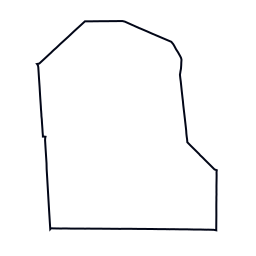 Adelaide, South Australia, Australia (Mercator projection), rotated 4°
{"feature_id": "25037944B32453744991132", "entity_name": "Adelaide", "entity_type": "district", "adm_level": 2, "iso_a3": "AUS", "parent_name": "Australia", "parent_adm1": "South Australia", "projection": "mercator", "projection_center": [138.601, -34.92], "detail": "fine", "context": "isolated", "style": "outline", "palette": "ink", "viewbox_px": 256, "rotation_deg": 4, "n_neighbors": 0, "source": "geoboundaries", "source_scale": "gbopen_adm2", "svg_char_len": 2128}
<svg xmlns="http://www.w3.org/2000/svg" viewBox="0 0 256 256"><g transform="rotate(4 128 128)"><path d="M77.6,24.6L74.5,27.9L67.5,35.2L61.9,41.3L57.4,46.0L54.5,49.0L52.9,50.8L50.8,53.1L48.5,55.4L46.5,57.6L46.3,57.9L44.2,60.1L39.8,64.8L38.0,66.7L35.0,69.9L33.8,70.2L32.8,70.5L33.0,70.7L33.4,71.3L33.9,72.2L34.1,73.0L34.3,73.9L35.7,84.3L37.0,93.6L38.2,102.9L39.5,112.3L39.9,115.5L40.3,118.0L40.4,118.9L40.6,120.1L40.8,122.1L41.4,125.4L41.8,128.6L42.7,134.9L43.1,138.1L43.5,140.7L43.6,141.4L43.7,142.5L44.7,142.4L46.3,142.5L46.1,143.7L46.1,145.8L46.3,147.3L47.2,154.2L49.2,169.0L49.7,174.5L49.8,175.3L50.9,183.7L55.1,216.3L57.5,234.3L58.1,233.5L58.8,233.4L61.6,233.3L65.5,233.1L67.3,233.0L71.3,232.7L74.1,232.5L78.6,232.3L81.5,232.1L82.0,232.1L86.9,231.7L92.1,231.4L95.9,231.1L97.8,231.0L103.5,230.6L105.2,230.5L108.4,230.3L110.3,230.2L113.5,230.0L114.7,229.9L118.4,229.7L124.5,229.3L126.7,229.2L127.9,229.1L128.6,229.0L131.5,228.8L134.3,228.6L140.7,228.2L146.4,227.9L152.5,227.5L156.9,227.2L164.5,226.8L172.3,226.3L176.4,226.1L180.3,225.8L183.9,225.6L184.0,225.6L188.0,225.4L193.4,225.0L200.4,224.7L208.1,224.2L213.1,224.0L215.7,223.8L220.7,223.6L223.2,223.9L223.1,223.2L222.8,218.2L222.5,213.3L222.2,208.4L221.9,204.3L221.6,200.3L221.3,195.5L221.2,193.4L221.0,191.0L220.9,187.9L220.7,185.8L220.6,183.9L220.3,180.0L220.0,174.3L219.7,169.1L219.4,165.7L219.5,163.9L217.2,163.3L209.0,156.2L206.9,154.4L204.9,152.6L203.7,151.6L201.8,150.1L200.9,149.1L191.7,141.2L188.2,138.1L187.7,135.0L187.1,132.2L186.6,129.4L186.2,126.4L185.7,123.6L184.5,117.1L184.1,114.9L183.7,112.8L182.4,105.9L181.5,101.1L180.9,97.4L180.1,93.2L178.9,86.6L178.5,84.3L177.4,78.0L176.8,75.1L176.7,74.6L176.1,71.3L176.3,69.0L176.4,67.7L176.5,66.8L176.6,66.1L176.7,64.9L176.7,62.4L176.7,61.7L176.6,58.9L176.6,57.3L176.6,56.4L176.5,55.8L176.2,54.9L175.9,54.1L175.4,53.3L174.8,52.3L173.2,49.9L172.7,49.1L170.5,46.2L168.5,43.0L167.7,41.8L167.1,41.0L166.5,40.4L165.2,39.0L162.3,38.0L157.1,36.2L145.5,32.2L140.3,30.3L132.8,27.7L132.6,27.7L117.4,22.1L115.0,21.7L104.9,22.5L90.5,23.6L82.0,24.3L81.9,24.3L77.6,24.6Z" fill="none" stroke="#020617" stroke-width="2"/></g></svg>